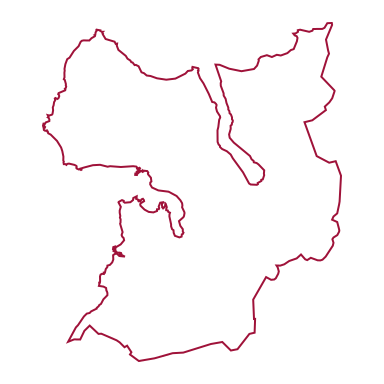 Vanylven nor, Møre og Romsdal, Norway (orthographic projection)
{"feature_id": "86288312B81426606335863", "entity_name": "Vanylven nor", "entity_type": "district", "adm_level": 2, "iso_a3": "NOR", "parent_name": "Norway", "parent_adm1": "Møre og Romsdal", "projection": "orthographic", "projection_center": [5.551, 62.082], "detail": "fine", "context": "isolated", "style": "outline", "palette": "rose", "viewbox_px": 384, "rotation_deg": 0, "n_neighbors": 0, "source": "geoboundaries", "source_scale": "gbopen_adm2", "svg_char_len": 5876}
<svg xmlns="http://www.w3.org/2000/svg" viewBox="0 0 384 384"><path d="M68.1,341.8L74.1,339.4L80.2,339.5L84.4,330.8L89.7,325.6L98.5,333.9L101.3,333.7L116.6,340.3L119.7,342.4L124.5,347.2L127.1,345.7L131.4,352.2L130.0,354.5L138.8,361.0L154.6,358.3L172.6,353.2L183.3,352.6L210.9,344.0L222.3,342.0L230.9,350.5L237.5,349.2L249.4,333.9L254.6,332.7L255.1,318.9L254.0,319.0L253.2,299.6L266.1,277.1L271.1,279.8L274.2,279.5L275.8,278.3L278.2,273.8L278.8,271.4L277.7,267.4L276.5,265.5L280.3,265.6L284.3,264.3L289.2,261.0L296.7,258.4L301.0,254.5L305.2,259.3L307.2,260.1L310.8,257.8L317.6,260.3L320.4,260.4L322.5,259.7L325.7,256.6L332.8,245.7L333.5,242.8L332.4,239.2L333.5,237.5L337.3,235.1L339.1,231.7L339.3,230.3L338.8,228.1L337.2,222.0L332.1,219.7L333.5,216.5L337.2,213.4L339.1,204.5L339.6,201.5L341.0,175.7L335.7,161.2L329.2,162.7L316.7,156.1L304.5,122.2L312.3,120.3L325.9,110.1L324.8,106.6L329.3,102.4L332.2,98.3L334.5,91.4L334.6,90.8L334.1,90.1L321.3,76.7L327.3,57.3L329.0,53.7L328.1,50.4L326.0,39.6L332.1,24.9L331.8,23.0L327.3,23.2L324.5,27.8L322.4,28.9L313.2,29.0L312.4,30.7L309.2,31.8L300.1,29.7L297.8,30.2L298.0,31.8L295.6,33.4L293.3,33.6L294.7,35.4L296.7,36.2L297.5,37.9L296.9,41.3L293.7,49.1L290.8,50.1L287.4,53.1L280.8,55.5L276.8,54.8L271.9,57.0L266.9,55.2L260.8,57.0L258.5,59.4L258.8,60.7L257.1,65.6L254.0,69.0L241.5,71.2L229.2,68.7L219.6,64.8L215.5,64.6L221.2,81.4L220.7,83.1L220.8,85.8L223.6,93.3L223.7,95.6L225.6,98.8L226.5,103.0L228.3,107.6L228.3,109.5L229.4,111.2L229.6,113.3L230.9,114.4L232.0,117.3L232.0,119.3L232.8,120.4L232.7,121.9L232.0,122.9L231.8,124.7L230.6,125.7L230.7,128.9L229.1,134.4L229.7,137.8L233.8,142.6L250.0,156.0L251.6,159.3L253.6,160.9L253.8,162.3L256.6,163.0L258.5,164.4L264.2,170.3L263.9,173.8L264.2,175.1L262.8,179.4L261.3,179.8L261.3,181.0L257.7,183.0L257.9,184.2L256.9,184.8L250.7,184.5L249.1,183.5L243.0,172.3L232.8,158.3L230.7,154.5L226.8,151.2L222.1,149.0L220.0,147.0L219.9,145.7L218.6,144.5L217.6,141.9L217.5,130.3L218.3,127.1L219.2,119.7L220.2,117.6L220.0,116.2L217.0,111.5L216.0,107.7L216.6,105.0L216.0,103.9L214.5,102.4L212.2,102.0L208.8,93.9L203.5,83.4L200.0,78.2L197.9,72.5L198.5,70.8L198.0,70.5L198.6,68.9L198.2,68.2L192.5,66.9L192.2,68.0L192.8,69.3L191.6,70.4L187.8,71.0L185.4,73.6L175.4,78.6L166.3,79.7L157.0,78.3L150.5,76.0L146.7,75.5L144.0,73.2L141.5,72.3L138.6,66.3L135.9,64.9L134.6,65.1L132.6,62.5L131.3,62.2L130.3,60.5L127.5,58.7L125.8,55.9L118.4,49.9L116.8,45.7L117.1,43.6L115.7,43.9L114.6,41.7L105.6,39.0L102.9,34.5L102.6,33.8L102.9,33.6L102.2,32.4L102.8,31.8L101.8,31.8L99.8,30.6L100.0,30.3L95.8,29.5L96.8,30.2L96.4,30.3L96.6,30.9L95.6,32.3L95.3,34.7L94.7,35.0L95.1,35.3L94.9,36.2L91.5,38.2L89.3,40.5L83.5,40.4L81.8,40.8L80.6,41.9L78.6,46.2L73.9,50.9L69.6,57.6L67.2,59.2L65.4,64.1L64.5,68.9L64.7,70.6L64.4,72.7L64.5,77.4L63.8,79.2L64.8,80.0L65.9,84.1L65.8,85.6L66.2,86.3L65.9,87.7L64.9,88.8L65.4,89.3L65.2,90.3L58.6,93.1L58.2,94.2L59.1,95.1L59.2,96.4L58.4,98.3L57.3,99.0L55.4,98.0L54.8,98.5L55.2,100.2L54.1,102.1L53.6,105.3L52.8,107.4L53.1,110.3L52.5,113.9L51.9,114.7L49.2,115.5L47.7,115.1L48.5,116.9L47.9,117.4L48.6,117.8L49.4,119.5L49.3,121.1L45.8,122.4L44.7,124.2L44.6,123.6L43.5,123.6L43.0,125.7L43.4,127.1L44.6,126.5L45.1,127.0L44.7,127.8L43.6,127.6L43.9,130.0L45.2,130.8L46.9,130.4L47.1,131.4L47.8,131.5L48.2,133.3L50.7,134.6L57.0,140.9L61.1,147.5L62.3,151.1L63.4,156.6L63.3,160.5L63.8,161.6L63.5,162.3L63.8,164.1L65.4,164.1L66.4,164.9L67.2,163.9L69.0,163.6L74.5,164.9L76.4,165.9L76.7,167.0L76.3,167.9L76.8,168.6L78.9,169.5L80.2,168.6L80.5,168.9L80.3,169.5L81.0,170.0L81.5,169.7L81.1,169.0L81.8,168.2L84.1,167.5L92.9,165.2L100.1,164.8L107.6,166.7L110.1,166.2L120.9,167.0L133.1,166.2L136.3,166.6L137.1,167.5L136.9,168.5L137.2,168.8L139.5,167.8L140.0,168.3L138.7,169.7L139.2,170.0L137.0,171.5L136.4,172.2L136.7,173.2L136.0,174.2L135.3,173.9L135.2,174.9L136.9,175.0L137.0,174.2L139.1,172.3L141.4,170.9L142.0,171.4L142.4,170.8L142.8,171.8L143.4,171.5L143.2,170.6L147.3,171.1L148.3,172.6L147.9,173.7L148.2,174.5L150.9,177.7L151.4,181.5L150.3,182.5L150.2,184.4L152.0,187.5L158.3,190.4L168.6,191.7L176.6,196.0L180.4,200.3L182.1,203.2L182.4,205.5L182.1,207.3L184.4,212.2L184.5,213.2L184.0,216.0L183.4,217.2L179.0,221.1L180.3,225.8L182.8,229.2L182.8,231.7L183.5,232.6L182.9,233.9L181.8,234.4L181.6,236.6L179.4,237.4L174.9,235.8L173.7,232.9L173.5,230.2L172.1,229.2L171.1,226.3L171.1,224.4L169.4,216.4L169.5,214.3L170.0,212.7L168.2,211.8L167.8,210.5L166.2,210.2L166.2,209.0L166.8,207.2L165.7,203.8L165.4,203.5L165.0,206.1L164.2,207.4L163.1,208.4L162.5,207.6L162.8,207.5L161.9,205.7L162.0,203.4L164.0,202.1L160.2,202.7L158.7,206.5L159.2,208.2L158.8,209.2L157.0,209.3L157.0,211.0L153.4,212.4L148.7,211.9L144.5,209.6L140.5,205.7L140.2,204.4L140.5,203.4L144.1,201.2L143.9,200.1L142.9,198.8L141.6,199.3L140.3,201.2L138.6,201.3L138.3,200.8L138.8,200.0L136.1,198.8L136.6,197.8L136.7,196.3L133.3,198.0L133.0,200.1L130.4,202.2L124.8,202.7L123.6,201.8L123.7,200.8L122.0,200.1L118.7,201.9L118.5,202.4L120.8,206.8L119.7,210.5L119.7,212.8L120.3,216.0L119.9,217.6L120.6,219.3L120.5,222.6L120.1,223.7L122.6,232.1L121.6,235.0L122.2,236.6L123.6,238.0L124.1,240.3L120.7,244.4L116.0,247.2L115.4,246.4L113.3,247.1L113.0,249.2L114.0,249.6L114.4,248.2L115.4,248.5L115.2,249.0L115.6,250.6L115.1,251.4L112.7,250.5L115.4,252.1L116.0,251.6L117.1,252.5L120.3,252.9L119.9,254.6L120.6,254.5L120.5,252.9L121.1,253.1L121.7,255.0L124.9,256.6L119.3,256.0L117.0,253.7L114.9,253.9L113.1,255.2L113.3,259.5L112.2,262.4L109.9,264.9L107.4,265.6L107.3,267.1L105.8,269.0L104.9,272.7L103.8,272.6L103.8,274.0L102.0,273.8L100.6,274.6L100.0,276.4L100.1,281.3L99.9,282.7L99.2,282.7L99.3,284.5L98.9,285.9L103.5,286.6L106.1,288.0L106.4,290.7L106.9,291.3L107.4,293.0L107.4,295.2L103.4,299.3L101.0,303.9L99.1,305.2L98.7,306.2L96.7,307.9L96.7,308.6L91.1,311.4L89.6,313.0L86.8,313.6L83.9,316.5L78.0,325.2L75.9,327.4L68.1,341.8Z" fill="none" stroke="#9f1239" stroke-width="2"/></svg>